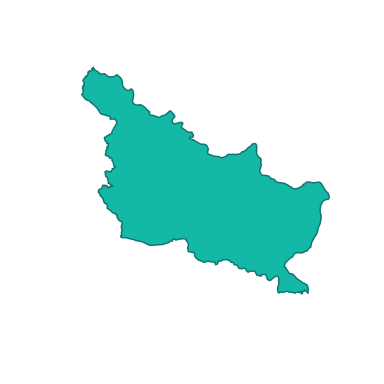 outline of Bawku West, Upper East, Ghana, rotated 302°
{"feature_id": "2480657B35637781657714", "entity_name": "Bawku West", "entity_type": "district", "adm_level": 2, "iso_a3": "GHA", "parent_name": "Ghana", "parent_adm1": "Upper East", "projection": "albers", "projection_center": [-0.469, 10.843], "detail": "fine", "context": "isolated", "style": "filled", "palette": "teal", "viewbox_px": 384, "rotation_deg": 302, "n_neighbors": 0, "source": "geoboundaries", "source_scale": "gbopen_adm2", "svg_char_len": 6044}
<svg xmlns="http://www.w3.org/2000/svg" viewBox="0 0 384 384"><g transform="rotate(302 192 192)"><path d="M257.2,215.8L253.7,214.6L252.7,213.2L250.6,212.8L249.1,212.1L248.5,210.9L246.5,208.7L246.2,207.3L244.6,205.6L243.4,203.1L242.8,202.6L240.1,201.9L236.9,199.2L236.5,198.3L236.3,196.4L234.3,192.2L232.8,186.0L233.3,184.8L234.2,183.9L237.0,183.2L238.8,180.6L239.3,179.0L239.0,177.0L237.6,174.9L237.2,173.6L236.9,169.9L237.0,165.6L236.0,162.9L235.9,162.0L236.3,161.3L237.0,161.3L237.5,161.7L238.3,163.1L239.3,163.7L240.8,163.1L241.6,162.0L242.6,159.9L241.3,158.4L240.6,156.6L241.2,149.3L241.5,148.6L242.2,148.2L243.0,148.0L244.7,148.2L245.6,147.4L245.6,146.6L244.7,145.0L240.4,141.0L240.3,139.5L241.1,138.0L242.3,137.1L243.7,137.0L246.3,137.6L247.3,137.0L247.9,135.9L249.4,130.9L248.8,130.2L245.4,129.3L243.0,128.4L241.2,126.6L238.1,124.9L237.6,124.0L236.4,118.7L235.1,115.5L235.4,114.6L237.2,113.8L237.7,113.0L237.7,110.9L238.8,107.3L238.9,102.7L238.2,101.4L236.3,99.0L236.0,96.6L236.1,95.1L236.7,94.1L238.0,93.1L239.9,92.6L243.7,90.8L246.1,88.8L247.1,87.3L247.1,85.9L246.7,85.4L244.9,84.8L244.0,83.9L243.7,82.3L244.4,78.9L245.3,76.9L249.1,74.0L250.9,71.3L251.7,66.8L251.4,66.1L248.7,64.8L247.0,62.9L246.0,61.1L245.4,59.2L245.4,57.6L245.9,56.8L246.0,55.3L244.2,53.1L243.5,50.9L244.0,49.0L244.0,44.7L245.3,42.3L243.5,42.2L243.3,41.8L242.9,42.4L243.0,42.9L242.6,42.7L242.3,42.9L240.8,41.9L240.4,40.8L239.9,40.9L238.7,40.3L238.1,40.5L238.1,41.0L237.2,41.4L235.9,41.1L234.5,41.5L233.9,40.7L233.5,40.9L232.9,40.5L232.0,41.1L231.1,40.4L230.2,40.2L228.7,40.8L228.4,40.7L227.9,42.3L226.4,43.4L226.2,43.2L225.7,43.5L225.2,44.1L224.6,43.5L223.4,43.4L223.1,44.1L221.9,44.2L221.8,44.6L220.7,45.6L220.6,46.0L219.8,46.2L219.7,46.7L217.5,47.2L217.1,46.9L216.1,47.0L214.2,52.6L214.3,54.2L215.0,56.7L214.9,57.4L214.2,58.5L214.4,59.5L213.9,61.2L214.3,62.0L213.7,63.2L213.0,66.8L210.0,73.3L212.6,82.4L211.7,83.4L210.9,83.6L210.6,84.3L213.2,88.2L210.9,91.8L207.7,91.8L206.2,92.1L204.9,91.7L203.5,92.1L201.4,92.0L198.8,93.0L197.6,91.7L196.5,91.7L194.9,90.3L193.0,89.8L192.2,89.0L191.1,89.2L189.3,91.6L188.9,93.4L187.9,94.2L188.9,95.4L188.7,95.8L185.8,97.0L185.7,96.1L184.4,96.2L183.4,97.2L181.1,97.2L179.9,98.3L178.1,98.5L177.5,99.1L177.2,99.8L178.1,101.6L177.7,102.7L177.6,104.0L177.1,104.6L177.8,105.1L177.6,106.9L176.3,107.4L175.9,108.9L172.7,112.1L172.5,113.9L171.6,113.7L169.7,112.3L169.6,112.8L167.4,112.4L166.3,112.6L164.8,109.3L164.7,108.6L164.2,108.2L163.1,108.0L162.8,107.7L162.6,108.5L161.3,108.9L159.6,110.5L159.6,112.2L159.3,112.7L156.7,115.3L155.2,116.3L155.5,117.4L155.1,119.3L155.4,120.5L154.9,121.4L154.1,120.2L153.6,120.5L153.3,120.4L152.9,119.2L152.4,119.5L151.5,119.2L151.1,117.6L152.2,116.7L151.9,116.4L151.8,114.8L150.8,114.4L150.9,113.5L150.6,113.0L150.1,112.8L147.5,113.6L146.5,113.3L145.4,112.1L143.9,111.8L142.3,112.6L142.3,113.5L141.3,114.7L140.8,116.0L140.1,116.4L140.2,117.6L140.0,118.5L139.1,119.6L138.7,121.0L137.2,122.1L136.5,123.6L136.2,124.5L136.8,125.0L135.6,127.7L133.8,128.2L133.2,128.9L133.1,132.7L132.3,135.8L132.8,136.4L132.6,137.7L133.4,138.5L132.4,139.9L133.0,140.7L133.0,140.9L131.7,141.3L130.3,142.6L129.9,144.2L129.3,144.9L129.2,146.5L129.6,147.8L129.5,148.8L127.9,149.6L124.8,150.5L124.5,151.6L123.0,152.1L122.6,152.9L120.0,153.7L118.7,155.1L118.1,155.2L117.5,154.7L117.1,154.8L116.7,155.0L116.5,155.8L116.1,155.9L116.2,156.9L117.0,157.9L118.8,161.5L118.9,162.4L120.9,168.3L121.1,170.1L123.1,175.1L123.9,179.0L124.1,183.3L125.1,185.6L132.5,195.6L133.2,195.9L136.6,198.9L139.2,200.0L140.1,201.3L140.9,200.8L141.4,200.9L142.8,202.1L143.0,202.5L142.7,202.9L142.7,203.7L146.1,207.1L147.1,208.6L147.6,208.9L148.6,211.1L148.6,212.1L147.6,213.1L147.1,214.7L146.4,216.0L145.3,217.1L142.3,217.9L141.3,219.1L139.6,220.4L139.8,221.2L140.8,223.1L140.8,224.0L141.4,224.6L141.4,225.6L141.3,226.4L139.0,228.6L138.3,229.9L137.7,233.8L138.6,236.5L138.5,238.4L138.9,239.7L141.6,242.0L142.2,243.1L142.2,243.8L144.5,248.2L142.9,250.5L144.3,251.6L147.5,251.2L147.9,251.4L148.3,252.4L149.2,253.5L150.4,253.8L151.6,254.9L151.9,255.6L152.8,256.7L153.8,259.9L153.1,262.0L153.7,263.2L153.7,264.9L152.8,266.1L153.7,268.5L153.7,269.5L152.2,272.2L153.3,275.0L154.7,276.0L155.2,277.2L155.1,278.3L154.0,280.0L153.8,282.0L154.2,282.5L154.8,282.5L155.8,283.5L158.1,286.8L158.1,287.7L155.9,290.8L156.6,293.6L157.4,295.2L158.0,294.4L158.6,294.4L160.9,297.9L160.6,299.0L158.0,302.2L157.8,304.2L158.7,305.4L163.0,306.7L164.7,307.5L165.2,308.1L165.9,309.7L165.2,311.2L163.1,312.2L160.9,313.8L159.3,314.6L157.4,315.0L154.7,316.2L152.8,317.9L152.4,319.0L152.8,319.4L154.1,319.9L154.9,322.2L158.2,325.2L158.5,326.0L158.5,327.4L160.1,330.2L160.8,332.9L162.1,333.2L163.2,334.5L163.6,336.5L165.2,337.0L165.5,337.8L165.3,338.1L163.7,338.5L163.8,339.0L164.7,339.3L165.9,338.5L167.1,339.7L168.5,339.4L168.8,339.5L167.7,343.8L170.0,342.9L172.7,340.7L174.0,339.3L174.1,336.1L173.6,333.5L173.9,332.4L174.1,326.5L174.6,325.4L175.8,320.8L174.6,318.0L175.0,316.5L177.4,311.6L177.3,310.9L177.6,310.8L178.5,309.3L180.2,308.9L181.9,308.8L188.0,310.3L190.1,311.6L191.3,311.7L193.0,311.4L195.1,312.1L195.9,312.8L197.9,316.4L198.9,317.7L201.1,319.3L201.9,319.4L202.5,320.3L203.5,320.9L206.5,321.0L208.0,321.9L212.6,320.2L217.7,319.8L222.2,320.0L225.4,319.2L228.8,318.0L232.9,317.4L237.0,315.9L240.1,314.3L242.3,311.9L244.3,310.3L248.0,308.5L252.3,307.9L253.8,308.0L256.1,309.2L258.4,311.6L260.9,310.9L262.5,308.7L263.1,307.8L263.9,304.5L264.7,303.0L267.7,297.0L267.9,295.0L267.3,293.9L265.0,291.3L263.3,288.3L262.8,286.6L261.3,284.1L260.6,283.7L259.0,283.4L257.3,282.3L255.5,282.3L252.7,280.9L250.1,278.9L249.1,277.4L248.5,275.6L248.7,272.6L248.4,271.3L248.7,269.9L248.2,265.4L246.2,261.0L245.2,258.0L246.2,255.3L246.1,254.2L245.3,252.6L245.6,250.1L246.1,248.8L245.1,245.5L243.8,243.7L243.6,242.7L243.8,241.0L245.8,238.0L251.7,236.5L253.5,234.6L255.3,234.0L256.4,233.1L256.9,232.5L256.9,229.5L258.9,226.3L264.6,222.9L265.6,222.1L266.4,221.0L266.5,220.0L266.2,219.4L264.6,217.7L262.1,217.6L259.8,216.3L257.2,215.8Z" fill="#14b8a6" stroke="#0f766e" stroke-width="1.5"/></g></svg>